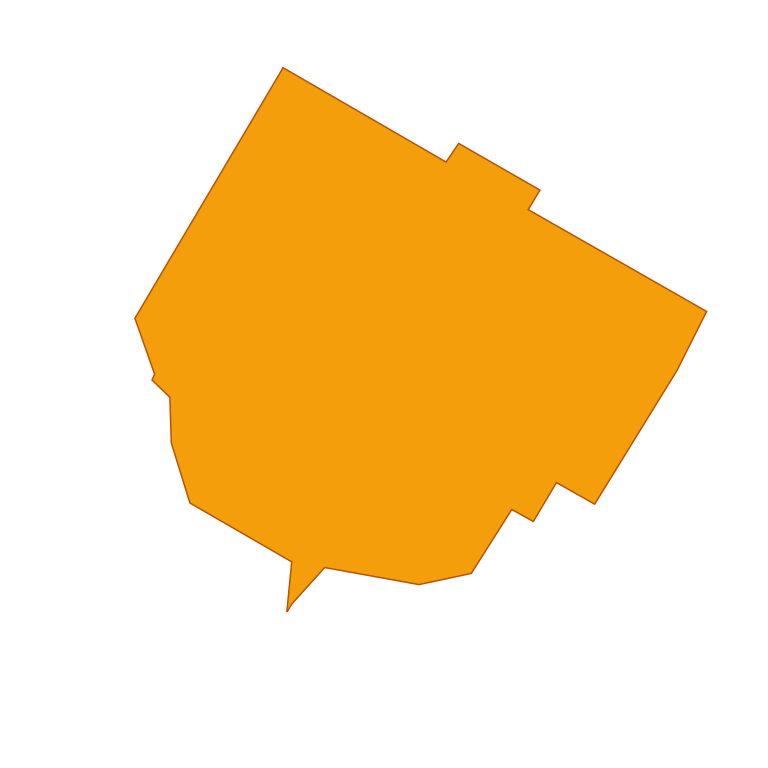 outline of Tift, Georgia, United States of America, rotated 119°
{"feature_id": "52423323B78995174680355", "entity_name": "Tift", "entity_type": "district", "adm_level": 2, "iso_a3": "USA", "parent_name": "United States of America", "parent_adm1": "Georgia", "projection": "natural_earth1", "projection_center": [-83.491, 31.462], "detail": "fine", "context": "isolated", "style": "filled", "palette": "amber", "viewbox_px": 768, "rotation_deg": 119, "n_neighbors": 0, "source": "geoboundaries", "source_scale": "gbopen_adm2", "svg_char_len": 483}
<svg xmlns="http://www.w3.org/2000/svg" viewBox="0 0 768 768"><g transform="rotate(119 384 384)"><path d="M630.6,358.4L620.7,357.9L573.3,346.9L542.5,256.2L507.3,215.8L431.8,211.4L431.9,186.7L386.6,185.4L387.0,141.5L230.0,134.3L164.2,137.0L163.5,189.3L161.6,342.4L138.8,341.6L137.4,435.3L159.8,437.3L156.3,625.6L369.1,631.6L447.3,633.7L486.6,589.4L493.0,588.8L499.5,564.8L538.6,541.5L582.2,496.0L584.3,378.5L630.6,358.4Z" fill="#f59e0b" stroke="#b45309" stroke-width="1.5"/></g></svg>